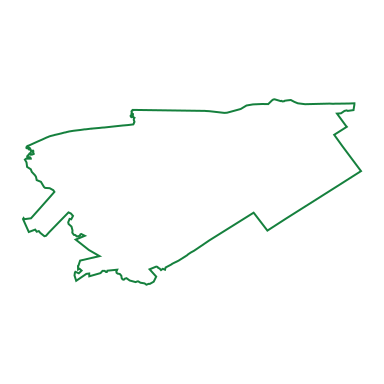 Magura, Teleorman, Romania (Equal Earth projection)
{"feature_id": "2599482B1622448766062", "entity_name": "Magura", "entity_type": "district", "adm_level": 2, "iso_a3": "ROU", "parent_name": "Romania", "parent_adm1": "Teleorman", "projection": "equal_earth", "projection_center": [25.384, 44.049], "detail": "fine", "context": "isolated", "style": "outline", "palette": "green", "viewbox_px": 384, "rotation_deg": 0, "n_neighbors": 0, "source": "geoboundaries", "source_scale": "gbopen_adm2", "svg_char_len": 4919}
<svg xmlns="http://www.w3.org/2000/svg" viewBox="0 0 384 384"><path d="M146.4,284.7L148.8,283.8L149.8,283.9L153.7,281.7L156.2,276.6L149.6,269.3L156.2,266.6L157.5,266.9L158.0,267.7L159.0,268.3L159.5,268.4L161.0,270.1L162.8,268.8L165.0,269.7L165.6,267.5L169.8,265.3L171.8,264.2L172.1,263.8L178.5,260.7L187.2,255.2L188.0,254.4L191.0,252.4L193.8,250.9L196.2,249.3L209.3,240.4L253.6,212.7L254.2,213.4L267.4,230.6L286.3,218.4L336.3,186.8L361.0,171.1L342.4,146.2L334.2,134.8L346.8,126.8L345.9,125.8L337.0,113.6L341.0,113.3L344.5,110.9L346.7,110.4L347.7,110.9L353.5,110.1L354.3,105.1L354.4,104.2L354.4,103.3L349.5,103.5L343.5,103.6L334.8,103.7L333.1,103.8L329.6,103.6L305.1,104.2L297.8,103.3L294.4,101.9L290.8,100.0L287.2,100.4L285.1,100.7L284.9,100.7L284.7,100.8L284.4,101.0L284.2,101.2L283.7,101.2L283.1,101.4L282.9,101.4L282.6,101.4L282.3,101.4L282.2,101.3L281.9,101.1L281.7,101.0L281.6,100.9L281.3,100.9L280.9,101.0L280.7,101.1L274.6,99.3L273.3,99.5L272.1,100.3L268.2,104.1L262.2,104.0L253.0,104.4L246.5,105.5L240.7,109.0L227.1,112.7L224.4,112.9L209.5,111.2L205.9,111.0L205.1,110.9L132.7,109.9L132.4,110.1L132.3,110.3L132.4,110.6L131.7,111.0L131.5,111.3L131.5,111.6L131.5,111.8L131.8,112.3L131.8,112.5L131.7,112.9L131.6,113.1L131.5,113.4L131.5,113.5L131.9,113.8L132.6,113.8L132.9,113.9L133.0,114.0L133.0,114.3L132.9,114.4L132.5,114.8L132.3,114.9L132.2,114.9L131.9,114.9L131.5,115.0L131.2,115.1L130.9,115.3L130.7,115.6L130.6,115.8L130.6,116.0L130.8,116.4L131.1,116.9L131.2,117.0L131.3,117.1L131.6,117.2L131.9,117.0L132.0,116.9L132.2,116.5L132.3,116.3L132.6,115.9L132.8,115.8L133.2,116.2L133.3,116.4L133.3,116.6L133.3,116.8L133.3,117.0L133.3,117.3L133.6,117.6L134.1,117.8L134.3,117.9L134.2,118.0L134.2,118.3L134.1,118.6L133.8,119.2L133.8,119.5L133.8,119.8L133.9,120.4L134.1,120.7L134.2,121.1L134.4,121.4L134.4,121.6L134.4,121.9L134.4,122.1L134.2,122.3L134.0,122.5L134.0,123.0L133.9,123.2L133.7,123.6L133.5,124.1L133.3,124.4L129.3,124.9L127.5,125.1L122.7,125.5L113.4,126.5L104.3,127.5L102.2,127.6L99.8,127.9L91.8,128.6L91.7,128.7L91.2,128.6L90.7,128.7L89.1,128.9L85.9,129.3L85.5,129.3L84.1,129.4L83.6,129.5L80.2,130.0L75.8,130.5L73.3,130.8L70.2,131.3L68.9,131.5L68.7,131.6L67.8,131.8L67.2,131.9L65.9,132.3L65.5,132.4L64.2,132.6L63.5,132.8L61.0,133.5L60.0,133.7L58.5,134.1L58.0,134.2L56.2,134.6L55.3,134.8L54.7,134.9L54.5,135.0L53.5,135.3L51.0,135.9L49.3,136.4L48.9,136.6L47.5,137.2L47.2,137.3L46.6,137.5L45.8,137.9L44.7,138.4L42.1,139.6L37.5,141.6L30.7,144.7L30.0,145.0L28.6,145.6L28.6,145.8L28.4,145.9L27.8,145.9L27.6,145.9L27.5,146.0L27.4,146.4L27.4,146.5L27.2,146.5L26.8,146.5L26.7,146.6L26.7,146.8L26.8,147.3L26.8,147.5L26.6,147.6L26.4,147.8L26.5,148.1L27.0,148.3L27.3,148.2L27.4,147.9L27.5,147.8L27.8,147.9L27.9,148.0L28.0,148.3L28.3,148.4L28.6,148.2L28.9,147.9L29.0,147.8L29.4,147.9L29.5,148.0L29.8,148.1L29.9,148.3L29.9,148.5L29.2,148.9L29.0,149.0L28.9,149.1L28.8,149.3L29.0,149.5L29.6,149.5L30.1,149.4L30.3,149.4L30.3,149.5L30.5,149.7L30.7,150.0L30.9,150.1L31.2,150.3L31.3,150.4L31.3,150.5L31.2,150.7L31.0,150.8L30.9,150.9L30.9,151.0L31.0,151.2L31.2,151.3L31.6,151.3L31.8,151.3L32.0,151.1L32.6,150.8L32.8,150.7L33.0,150.6L33.2,150.8L33.3,151.0L33.3,151.3L33.0,151.4L32.8,151.5L32.9,151.9L33.1,152.1L33.2,152.4L33.1,152.6L33.4,153.1L33.7,153.5L33.7,153.9L33.7,154.0L33.4,154.1L33.0,154.2L32.4,154.5L32.2,154.5L31.7,154.6L31.2,154.7L30.8,154.7L30.6,154.7L30.5,154.4L30.5,154.1L30.5,153.8L30.8,153.3L30.8,153.2L30.7,153.0L30.5,152.9L30.4,153.0L29.7,153.3L29.5,153.6L29.5,153.8L29.5,154.0L29.4,154.1L29.2,154.2L28.9,154.3L28.7,154.7L28.5,155.0L28.3,155.2L27.8,155.5L27.7,155.7L27.4,156.0L27.3,156.3L27.2,156.4L27.2,156.6L27.2,156.8L27.4,156.9L27.6,157.0L27.9,157.0L28.2,157.0L28.3,157.1L28.5,157.2L28.5,157.4L28.6,157.5L28.8,157.6L29.0,157.6L29.3,157.7L29.4,157.4L29.5,157.3L29.6,157.2L29.8,157.2L29.9,157.3L30.8,158.3L30.8,158.7L26.1,158.7L24.9,159.6L26.5,162.4L27.1,166.9L30.8,169.3L31.8,171.9L35.1,175.4L36.0,176.9L36.7,180.1L40.9,181.8L44.0,187.0L45.1,187.9L49.7,188.2L53.3,190.2L54.4,191.9L51.5,195.2L39.3,209.0L31.0,218.3L27.9,218.7L24.3,219.2L23.6,218.1L23.0,219.0L25.0,223.5L28.8,232.0L35.2,229.6L36.7,231.7L38.8,231.1L40.3,232.9L44.4,236.2L46.0,235.8L49.1,232.3L59.7,221.4L68.5,212.4L70.9,213.5L73.0,215.9L71.2,219.3L69.6,218.9L68.2,222.3L68.6,224.0L71.5,226.6L72.5,230.4L72.3,232.7L73.8,234.8L75.4,235.1L76.7,236.4L78.6,236.2L80.0,235.5L80.3,234.5L81.2,234.0L84.8,235.8L75.7,239.6L88.9,250.0L99.5,256.1L80.1,260.6L78.4,265.8L78.0,266.0L78.1,269.5L79.5,268.7L81.6,270.6L78.8,273.3L75.4,271.8L74.9,272.7L74.5,275.5L76.2,280.8L86.3,273.9L89.2,273.5L89.3,276.3L100.5,273.1L102.5,270.9L104.7,270.9L106.0,272.0L106.8,272.0L107.4,270.7L117.2,269.7L117.0,270.2L116.3,271.6L116.6,272.8L117.6,273.6L119.8,274.0L121.3,275.7L121.7,278.2L122.6,279.4L123.8,279.7L124.8,278.7L126.5,278.2L129.7,280.5L135.6,282.1L137.4,281.4L138.3,281.4L140.4,282.7L144.6,283.4L146.4,284.7Z" fill="none" stroke="#15803d" stroke-width="2"/></svg>